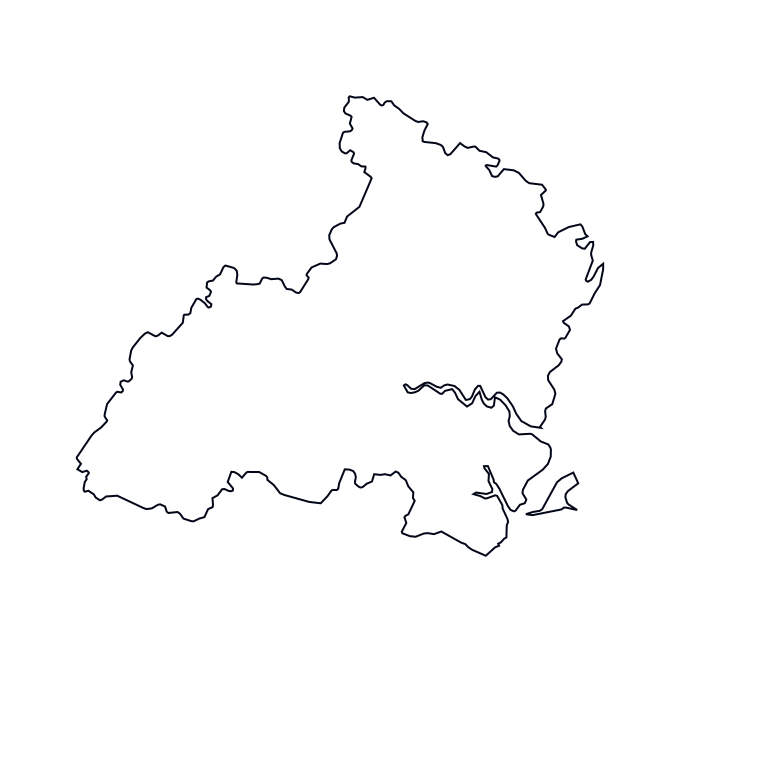 Mykolayiv, orthographic projection, rotated 303°
{"feature_id": "UKR-284", "entity_name": "Mykolayiv", "entity_type": "Region", "adm_level": 1, "iso_a3": "UKR", "parent_name": "Ukraine", "parent_adm1": "", "projection": "orthographic", "projection_center": [31.887, 47.325], "detail": "fine", "context": "isolated", "style": "outline", "palette": "ink", "viewbox_px": 768, "rotation_deg": 303, "n_neighbors": 0, "source": "natural_earth", "source_scale": "10m", "svg_char_len": 6167}
<svg xmlns="http://www.w3.org/2000/svg" viewBox="0 0 768 768"><g transform="rotate(303 384 384)"><path d="M432.7,539.5L428.4,530.1L427.7,519.4L430.9,511.4L435.6,504.0L439.3,494.9L440.2,489.8L440.0,485.9L438.1,483.4L429.4,481.8L427.6,479.7L428.2,476.3L434.8,465.7L433.7,463.9L428.9,463.2L421.3,464.6L418.0,464.2L415.2,461.3L420.1,450.5L420.7,444.2L418.2,437.6L415.7,435.3L411.7,433.6L410.4,429.7L409.8,422.1L409.1,420.0L406.7,417.4L396.4,412.5L394.8,409.3L395.7,404.2L395.5,402.3L393.6,401.4L389.9,408.4L391.0,411.3L393.7,414.3L397.1,416.5L404.9,418.5L406.6,421.6L406.5,436.5L407.3,438.0L411.6,439.0L416.8,443.9L415.4,448.3L411.6,454.3L410.3,465.9L415.8,468.4L423.7,467.3L429.5,468.3L424.4,474.2L422.0,478.2L421.2,482.5L422.6,487.0L425.8,487.9L433.3,484.3L434.1,489.8L432.4,497.5L429.2,504.2L425.4,507.1L421.0,508.5L417.3,512.2L415.1,517.8L415.2,524.6L421.8,533.6L422.5,535.4L421.2,546.7L422.8,554.8L421.2,558.2L419.9,559.7L413.9,563.4L406.2,565.0L398.6,563.8L381.4,557.2L370.9,558.1L367.8,559.7L364.6,566.3L360.7,567.0L356.8,563.8L349.4,563.3L348.0,562.4L347.3,558.8L349.1,554.4L358.9,538.0L361.4,532.5L361.4,529.9L363.5,528.0L371.7,515.9L369.6,512.6L368.1,514.1L365.7,521.0L359.5,524.5L354.9,532.1L352.3,533.4L347.6,529.9L343.1,520.3L340.4,519.1L342.4,525.6L343.0,531.0L344.1,532.5L351.2,537.9L351.8,539.8L346.9,549.2L344.1,551.4L338.1,561.0L335.9,563.2L332.4,563.9L322.0,570.2L319.5,569.0L314.6,568.2L312.3,566.7L311.0,568.6L307.7,566.2L295.4,562.9L293.0,548.6L293.0,543.8L294.0,539.3L293.0,535.2L291.5,512.4L285.3,507.7L282.9,502.2L280.4,498.9L273.1,493.7L270.5,488.6L268.8,480.7L269.9,479.3L279.6,478.4L283.4,473.7L285.2,473.8L287.9,475.4L302.7,473.4L304.2,470.3L309.1,467.6L311.4,460.1L315.2,454.7L315.6,448.8L317.4,444.4L317.0,441.5L310.9,439.3L308.8,433.8L305.8,430.5L303.0,424.9L295.7,427.0L290.9,423.8L285.8,422.2L284.3,420.5L284.1,418.4L284.7,414.2L285.9,413.0L290.6,411.1L293.0,408.6L294.2,405.6L293.5,401.9L291.1,397.6L276.5,400.4L271.1,402.7L269.3,402.1L267.4,398.9L266.1,398.0L259.1,397.7L249.5,395.9L244.4,385.6L236.6,360.7L235.8,356.4L239.2,346.8L240.1,338.4L242.1,337.0L242.7,335.1L242.2,327.2L236.0,317.6L234.8,316.8L228.0,315.9L229.0,310.9L228.6,306.4L227.2,303.8L216.7,306.3L214.2,314.2L212.3,315.3L210.6,313.9L209.7,311.9L209.0,307.2L207.4,305.5L200.1,305.1L194.8,302.3L189.6,306.4L187.3,307.3L183.3,304.6L174.5,305.9L170.7,302.5L165.0,299.0L163.9,296.7L161.9,289.0L164.1,283.6L164.2,280.6L158.4,273.4L158.6,271.3L162.0,267.1L161.2,261.9L159.5,260.1L153.2,257.0L149.8,253.0L149.0,250.1L145.0,221.1L138.3,212.2L133.3,210.4L131.7,208.9L131.8,203.9L133.4,200.8L133.5,194.2L130.8,191.9L131.0,190.4L132.9,188.9L138.9,186.4L142.2,186.5L144.0,184.7L148.5,185.0L149.1,184.3L149.4,181.9L145.8,179.0L145.5,173.3L152.0,173.3L154.0,167.2L155.0,166.3L181.5,166.8L185.8,167.5L193.3,170.4L201.6,171.9L202.7,171.6L204.6,167.4L206.1,166.4L216.3,162.7L230.8,163.9L232.2,164.5L233.7,168.1L235.5,168.8L237.2,168.1L239.7,163.2L242.5,161.9L245.4,163.8L246.3,167.5L247.2,168.5L250.8,169.5L252.6,169.0L256.2,165.6L262.8,163.3L264.6,158.6L266.0,157.2L274.2,153.8L277.8,153.4L290.1,154.6L295.9,156.0L298.8,157.7L299.5,166.3L301.3,167.9L306.0,169.6L306.4,176.6L307.5,178.2L309.7,179.4L325.8,181.9L332.7,178.6L333.5,178.9L335.5,182.0L337.9,183.0L343.0,180.9L353.2,180.4L354.3,181.6L354.7,184.3L354.2,189.7L352.5,194.4L352.6,195.3L354.5,196.7L356.9,195.8L357.4,190.7L358.3,188.5L359.8,187.5L362.8,189.5L367.1,188.7L367.9,187.3L368.2,182.7L372.6,180.4L374.4,180.9L377.6,184.2L382.7,184.8L386.6,186.8L394.5,185.7L396.9,186.4L399.3,193.8L399.5,195.7L398.8,198.8L395.6,201.6L388.8,204.7L388.2,205.8L396.3,220.3L398.5,223.1L400.5,225.1L405.8,224.4L407.7,225.0L409.3,227.9L410.4,232.2L414.9,238.1L415.4,241.7L411.7,247.9L410.7,250.6L412.9,255.1L412.8,260.4L413.8,263.0L415.7,263.6L430.8,263.4L432.3,262.8L433.0,259.9L434.2,259.3L442.3,259.8L450.3,265.0L453.5,270.8L455.8,273.0L462.5,275.8L465.9,274.8L467.8,273.2L475.6,259.5L479.0,257.0L485.2,256.0L488.1,256.4L494.7,260.0L497.7,263.1L504.3,261.8L519.2,266.9L549.8,261.6L550.5,260.1L551.0,252.1L555.2,250.9L556.2,249.9L554.2,246.5L554.3,242.3L552.5,238.5L552.7,235.9L553.8,234.8L561.0,233.4L561.8,232.0L561.6,228.3L557.2,227.0L556.2,225.7L556.0,221.9L557.7,218.5L561.8,215.6L572.2,212.8L573.9,213.4L577.3,217.8L579.2,218.7L581.2,218.5L583.8,213.5L590.3,211.4L590.8,209.9L589.9,204.3L591.1,201.6L594.3,200.2L601.6,200.8L605.2,198.3L606.7,198.7L608.3,203.6L613.0,209.8L613.3,215.3L618.6,219.7L616.2,228.6L616.2,230.1L617.6,231.5L620.4,231.3L622.7,232.3L625.1,236.1L623.2,240.9L623.0,246.8L621.6,252.9L621.7,267.1L622.4,270.0L625.6,273.6L626.6,276.9L625.9,279.1L618.4,279.9L611.9,281.8L608.7,284.2L608.9,285.8L614.2,296.3L615.4,301.4L615.0,304.2L611.0,309.6L610.6,312.8L612.9,314.5L627.5,316.6L627.1,321.9L627.6,325.6L632.3,330.2L632.8,331.7L631.6,337.0L634.1,343.6L633.4,351.9L635.2,356.8L634.9,358.6L634.2,359.3L629.3,360.1L627.4,359.7L623.7,351.1L622.7,350.3L622.1,350.7L620.8,355.7L617.2,361.5L618.3,364.5L620.2,366.3L629.5,367.5L633.9,376.5L634.5,382.2L631.6,392.3L631.5,396.4L637.2,408.0L635.2,413.8L634.5,414.3L628.0,412.7L622.0,419.6L619.8,420.8L613.2,421.3L610.8,418.6L609.3,418.7L602.5,434.2L599.1,439.4L599.0,441.1L600.2,447.0L606.2,447.5L616.3,453.5L624.8,461.7L624.3,464.3L619.3,471.1L618.7,474.3L613.9,471.3L609.8,466.7L608.1,467.4L605.6,470.5L605.7,476.4L606.8,478.7L615.3,479.5L617.0,482.0L614.3,484.0L607.2,486.1L605.0,487.5L601.2,491.9L581.5,496.2L580.7,497.4L580.8,499.2L584.1,501.0L588.2,501.3L597.7,500.3L604.2,502.3L599.6,505.3L584.6,511.3L574.8,511.3L563.5,512.6L561.8,511.6L558.4,506.8L553.6,505.1L551.5,503.5L543.1,503.5L534.2,499.9L533.2,501.5L533.0,507.6L530.8,510.5L521.5,511.0L520.3,510.5L518.7,507.6L517.0,507.0L507.3,509.0L504.0,512.6L501.6,519.7L499.3,520.6L494.8,520.3L484.5,516.6L480.2,517.0L476.7,519.5L472.0,530.0L469.1,533.1L458.7,536.1L451.6,533.1L449.0,533.9L444.6,537.5L441.9,538.4L433.0,538.2L432.7,539.5ZM406.5,601.0L394.5,596.6L390.6,596.4L387.8,597.8L384.2,602.1L383.5,604.1L383.5,614.6L379.4,603.7L378.1,602.1L375.5,601.2L354.9,580.0L352.1,573.9L357.7,578.5L362.4,583.6L365.0,584.9L395.9,582.6L401.9,584.5L412.8,591.0L406.5,601.0Z" fill="none" stroke="#020617" stroke-width="2"/></g></svg>